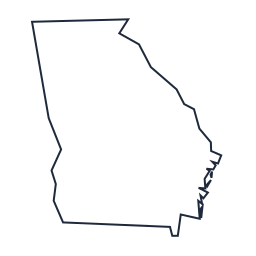 SVG path tracing the border of Georgia, rotated 358°
{"feature_id": "USA-3543", "entity_name": "Georgia", "entity_type": "State", "adm_level": 1, "iso_a3": "USA", "parent_name": "United States of America", "parent_adm1": "", "projection": "albers", "projection_center": [-82.629, 32.682], "detail": "coarse", "context": "isolated", "style": "outline", "palette": "slate", "viewbox_px": 256, "rotation_deg": 358, "n_neighbors": 0, "source": "natural_earth", "source_scale": "10m", "svg_char_len": 756}
<svg xmlns="http://www.w3.org/2000/svg" viewBox="0 0 256 256"><g transform="rotate(358 128 128)"><path d="M220.2,158.6L216.7,166.6L211.1,164.7L214.3,168.4L211.8,172.4L205.0,171.4L208.1,173.7L202.8,181.5L203.2,191.1L196.5,190.3L205.6,195.3L200.9,200.9L198.1,197.9L199.4,206.4L195.7,203.2L196.5,221.2L177.7,216.3L174.0,237.5L168.5,237.3L166.5,228.3L59.8,220.1L51.2,198.1L53.9,181.5L50.1,167.8L60.4,147.1L49.1,115.4L35.8,18.5L132.0,19.4L122.6,33.1L141.9,44.8L153.0,68.0L177.9,91.1L185.0,106.1L194.6,111.5L199.3,131.1L210.3,145.2L210.3,153.9L220.2,158.6ZM204.2,188.1L209.1,182.9L205.0,189.3L204.2,188.1ZM198.0,220.5L197.1,212.1L199.7,209.0L198.0,220.5ZM208.9,177.5L210.5,174.5L209.7,180.7L208.9,177.5Z" fill="none" stroke="#1e293b" stroke-width="2"/></g></svg>